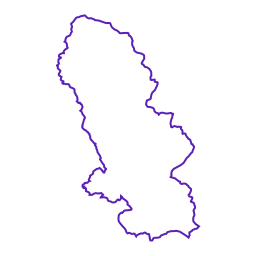 Quynh Nhai, Son La, Vietnam (Albers equal-area conic projection)
{"feature_id": "81297802B11613956410948", "entity_name": "Quynh Nhai", "entity_type": "district", "adm_level": 2, "iso_a3": "VNM", "parent_name": "Vietnam", "parent_adm1": "Son La", "projection": "albers", "projection_center": [103.617, 21.775], "detail": "fine", "context": "isolated", "style": "outline", "palette": "violet", "viewbox_px": 256, "rotation_deg": 0, "n_neighbors": 0, "source": "geoboundaries", "source_scale": "gbopen_adm2", "svg_char_len": 5764}
<svg xmlns="http://www.w3.org/2000/svg" viewBox="0 0 256 256"><path d="M193.0,145.3L192.8,145.2L192.6,144.3L191.4,143.9L190.7,141.4L190.1,139.7L188.1,138.6L187.7,137.5L186.9,137.0L185.7,134.7L185.5,133.8L184.4,133.4L182.6,133.8L182.5,133.4L182.5,131.0L182.1,130.0L181.1,129.2L180.8,128.4L181.1,127.4L181.1,127.0L180.9,126.9L178.3,126.7L177.4,127.0L175.1,126.2L174.3,126.1L173.0,126.6L172.4,127.3L171.2,127.0L170.5,123.2L171.4,119.0L172.1,118.0L172.4,115.7L173.1,114.2L173.0,113.8L171.8,113.7L171.4,113.1L170.7,113.0L166.5,113.6L162.6,112.7L161.3,112.8L160.8,112.9L159.7,113.4L159.1,114.4L158.7,114.7L158.1,113.4L157.9,113.2L155.7,112.5L154.6,111.3L153.9,109.0L153.3,108.2L152.2,107.6L150.9,107.2L147.7,106.8L147.0,106.1L146.0,104.2L146.9,100.5L148.1,100.0L149.1,99.7L150.6,98.8L151.5,94.3L152.4,92.5L155.0,90.0L156.1,87.5L156.7,86.5L157.4,84.7L157.6,83.3L157.7,83.0L157.6,82.5L157.3,82.2L155.8,82.1L155.0,81.8L154.7,81.3L154.8,80.0L154.6,79.6L151.2,80.0L150.7,79.7L150.5,78.6L150.6,76.7L151.4,75.7L151.2,73.8L151.3,72.7L151.0,71.5L149.6,69.3L148.5,68.3L146.9,67.3L144.8,66.8L144.5,66.5L143.8,65.2L142.8,64.3L142.1,64.1L141.7,63.5L141.8,62.8L144.2,58.7L144.2,56.8L144.0,55.3L143.6,54.8L141.5,53.6L137.0,52.6L135.0,51.3L134.3,50.6L134.0,48.3L132.7,46.2L132.1,44.4L132.2,43.2L132.1,42.0L132.6,41.5L132.7,41.0L132.2,39.9L132.0,38.9L131.8,38.3L130.6,36.5L130.0,35.9L129.3,35.8L129.1,35.6L128.7,34.7L128.5,33.4L127.9,33.0L127.2,32.9L123.7,33.0L121.4,33.2L120.1,33.2L119.5,33.0L119.0,32.2L117.7,31.0L116.7,30.4L114.6,29.5L112.3,27.6L111.8,27.0L111.0,25.4L110.5,23.9L110.0,23.1L107.8,23.0L106.1,23.1L99.2,20.7L97.7,20.4L95.1,20.2L94.1,19.3L92.6,18.9L91.4,18.2L88.6,18.4L87.3,17.7L85.8,16.4L85.2,15.6L84.8,15.4L80.7,16.2L79.3,17.0L76.7,17.5L75.8,18.2L73.2,21.8L71.1,23.7L71.1,24.1L71.8,25.6L72.0,27.6L71.4,28.4L71.2,29.1L71.4,30.0L71.8,31.1L71.8,31.8L70.9,33.0L70.5,34.3L70.1,35.2L69.4,35.7L67.3,36.6L66.3,37.3L65.5,39.3L65.4,40.8L64.6,41.7L66.1,42.6L66.5,43.2L66.9,44.5L67.0,46.5L67.7,47.8L67.4,48.2L65.2,49.5L63.9,51.0L63.7,51.4L63.9,53.2L62.6,53.1L62.1,53.3L59.9,54.3L59.0,55.3L58.9,56.4L59.3,57.1L60.8,57.4L60.8,58.0L58.7,59.2L58.5,59.5L58.3,62.2L58.9,63.1L58.9,63.4L58.1,65.0L57.9,65.2L57.3,65.2L57.0,65.4L57.0,65.7L57.9,66.9L57.8,68.3L60.4,70.7L60.0,71.9L58.8,74.0L58.8,74.9L59.0,75.3L59.7,75.9L61.5,76.9L60.7,79.3L60.8,79.9L61.7,80.6L63.4,81.3L63.3,81.7L62.4,82.8L62.4,83.2L63.4,83.9L64.4,83.6L66.1,84.2L67.9,84.1L68.6,84.2L69.4,85.2L69.8,86.7L70.1,87.1L73.0,88.3L74.3,89.2L74.5,89.6L74.6,92.7L75.5,93.5L75.6,94.7L76.6,95.8L77.2,97.2L77.6,99.8L76.8,101.4L78.5,103.0L78.9,103.0L79.3,102.6L79.8,102.6L80.4,103.2L80.7,104.1L81.5,104.3L81.8,104.8L82.5,106.7L82.5,107.2L81.4,109.7L80.3,110.7L81.4,111.4L82.7,114.3L83.7,115.5L84.9,117.4L85.0,117.8L84.0,119.5L83.1,123.1L82.4,124.7L82.4,125.1L82.7,125.8L82.2,126.5L82.3,127.6L82.8,128.3L84.4,129.8L86.1,130.6L87.0,131.7L88.0,132.2L88.4,133.1L89.4,133.8L89.3,134.7L90.2,136.1L90.1,137.6L90.9,139.6L91.9,140.5L93.8,142.9L95.6,143.8L95.6,144.1L94.9,144.7L94.9,145.2L96.3,146.9L96.2,148.3L97.0,149.8L97.6,152.3L99.8,155.6L100.8,157.9L100.7,158.4L100.0,159.1L100.0,159.3L102.8,163.7L103.7,164.6L104.1,165.7L104.3,167.3L106.0,168.8L105.9,169.5L104.7,170.6L104.5,172.4L104.2,172.6L103.6,172.5L102.6,171.3L101.8,170.0L99.6,168.0L98.3,168.6L96.8,168.9L93.4,171.3L92.9,173.8L90.0,175.9L90.1,176.9L88.8,179.6L89.0,180.3L89.7,181.0L89.1,181.1L87.3,182.8L86.7,182.9L85.9,182.7L85.4,183.0L84.7,183.0L84.4,183.8L83.0,184.6L82.5,185.2L82.6,186.7L83.8,186.7L83.3,187.5L83.4,187.9L83.9,188.3L85.3,187.8L86.0,188.6L86.1,189.1L85.9,190.3L86.0,191.1L88.6,192.2L89.4,193.0L89.8,193.8L89.5,194.8L91.2,194.9L92.3,194.8L93.9,193.6L95.6,193.2L99.1,193.5L101.2,193.0L103.1,194.7L102.9,195.0L102.1,195.7L101.8,196.3L100.8,197.2L100.7,197.5L104.0,197.2L106.7,197.9L107.1,198.2L107.4,198.7L107.9,200.3L108.3,200.8L108.6,201.0L111.0,201.6L112.2,202.4L113.7,202.4L115.0,202.2L116.1,201.5L117.3,199.8L117.9,199.5L118.1,199.5L118.9,200.2L119.6,200.2L120.4,199.3L120.9,198.5L121.0,196.1L122.2,197.2L122.8,198.4L124.8,199.7L126.3,200.9L127.0,201.6L127.7,202.9L127.4,204.2L127.5,204.6L129.8,206.3L131.3,208.3L131.6,209.0L131.5,209.3L131.2,209.7L128.7,210.2L125.2,210.4L124.1,210.8L122.4,212.9L121.9,212.6L121.4,212.6L120.2,213.5L119.3,214.5L118.7,215.5L118.5,217.8L118.5,220.0L118.9,221.5L119.9,223.0L122.1,225.7L124.7,228.5L125.8,230.3L126.3,231.9L126.9,232.8L127.8,233.4L128.9,232.8L129.3,232.8L131.9,234.0L133.7,233.6L134.5,233.7L136.2,236.4L136.7,235.5L137.4,234.9L140.4,233.6L141.2,233.4L142.8,233.6L144.4,232.6L145.0,232.6L147.5,234.1L149.0,234.2L149.2,234.8L150.2,240.3L151.8,240.6L152.3,240.4L152.9,239.4L152.9,239.2L153.0,238.9L153.8,238.0L154.6,237.8L157.8,237.7L159.8,237.2L161.0,235.5L165.1,233.9L166.1,233.9L167.5,232.1L170.9,231.2L174.6,231.1L176.2,230.8L179.9,231.7L186.3,235.8L188.6,237.6L189.6,235.1L189.6,234.5L189.3,233.0L189.6,232.2L191.7,231.2L192.5,230.0L195.3,228.9L197.0,228.5L199.0,226.3L197.1,225.0L195.9,224.3L193.7,221.8L193.3,220.9L193.2,219.0L193.3,217.9L193.6,216.8L194.3,215.7L194.4,215.1L194.0,212.0L193.5,210.9L193.8,209.8L195.0,208.0L195.1,206.7L194.3,204.8L194.1,203.5L193.5,202.7L190.9,201.7L190.8,201.4L192.0,199.2L192.4,197.9L192.3,197.6L192.1,197.3L191.1,196.9L189.5,196.5L188.8,195.7L188.6,195.0L189.9,193.3L191.1,190.4L191.0,189.1L190.4,188.3L189.1,187.4L188.7,187.0L188.4,186.1L188.0,185.6L187.0,185.1L186.4,184.2L185.2,183.6L184.5,183.6L183.3,183.6L181.7,184.0L180.6,183.5L180.2,183.0L180.0,181.6L179.3,181.6L178.8,181.3L174.9,178.3L170.7,177.1L171.3,176.0L171.5,175.5L171.3,174.2L171.6,172.0L172.0,171.1L173.0,169.6L174.1,168.7L180.9,165.0L183.6,162.9L186.8,157.9L188.2,156.7L191.1,153.1L192.2,152.3L192.7,150.6L193.3,149.3L194.1,147.2L193.9,146.4L193.0,145.3Z" fill="none" stroke="#5b21b6" stroke-width="2"/></svg>